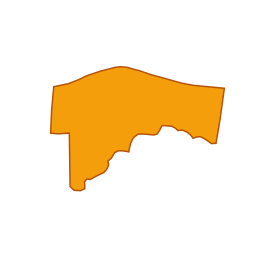 the district of Embakasi Central, Nairobi, Kenya, rotated 28°
{"feature_id": "3690345B7468433818255", "entity_name": "Embakasi Central", "entity_type": "district", "adm_level": 2, "iso_a3": "KEN", "parent_name": "Kenya", "parent_adm1": "Nairobi", "projection": "orthographic", "projection_center": [36.92, -1.27], "detail": "fine", "context": "isolated", "style": "filled", "palette": "amber", "viewbox_px": 256, "rotation_deg": 28, "n_neighbors": 0, "source": "geoboundaries", "source_scale": "gbopen_adm2", "svg_char_len": 958}
<svg xmlns="http://www.w3.org/2000/svg" viewBox="0 0 256 256"><g transform="rotate(28 128 128)"><path d="M205.2,77.1L194.4,47.7L188.6,50.1L181.4,53.1L165.4,59.8L162.3,60.7L154.5,63.2L138.3,66.7L122.9,70.2L110.8,72.1L106.5,73.2L98.6,74.9L92.6,77.4L88.5,80.2L76.7,91.0L67.0,101.3L61.9,108.3L54.7,116.7L43.1,126.4L51.7,147.0L62.1,168.9L68.9,166.0L78.6,160.1L104.4,206.9L109.7,208.3L115.4,205.7L118.3,201.9L116.7,198.8L115.0,196.1L115.4,192.5L118.9,191.1L121.7,186.7L125.1,181.9L127.5,178.8L128.6,174.7L128.4,170.0L125.8,166.5L127.4,162.7L127.8,156.0L130.1,152.7L134.4,150.5L139.9,148.7L138.7,145.1L137.6,140.6L137.3,137.1L137.7,133.0L139.9,128.6L145.0,125.8L149.2,124.1L154.1,122.0L156.5,119.7L157.0,115.1L156.9,110.1L160.5,108.1L166.0,105.9L170.0,105.9L173.2,106.8L176.8,104.4L182.2,103.9L186.4,104.7L190.3,106.5L193.0,103.6L195.8,101.7L199.9,101.6L203.8,101.9L208.9,102.6L212.9,100.2L205.2,77.1Z" fill="#f59e0b" stroke="#b45309" stroke-width="1.5"/></g></svg>